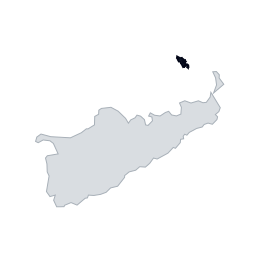 Falkland Islands highlighted among its neighbors, rotated 232°
{"feature_id": "FLK", "entity_name": "Falkland Islands", "entity_type": "country or territory", "adm_level": 0, "iso_a3": "FLK", "parent_name": "South America", "parent_adm1": "", "projection": "natural_earth1", "projection_center": [-59.536, -51.789], "detail": "coarse", "context": "with_neighbors", "style": "filled", "palette": "ink", "viewbox_px": 256, "rotation_deg": 232, "n_neighbors": 1, "source": "natural_earth", "source_scale": "50m", "svg_char_len": 2083}
<svg xmlns="http://www.w3.org/2000/svg" viewBox="0 0 256 256"><g transform="rotate(232 128 128)"><path d="M102.9,217.0L107.4,224.3L113.6,227.9L120.1,229.4L118.1,232.4L113.7,232.7L111.3,230.6L103.5,230.4L102.9,217.0ZM155.7,76.6L153.0,88.3L153.0,94.6L151.9,96.0L151.1,103.5L157.6,108.9L156.9,113.3L160.0,116.0L159.8,119.1L154.8,127.3L147.3,130.6L137.1,132.0L131.6,131.3L132.7,135.1L131.7,139.8L132.6,143.0L129.6,145.2L124.5,146.1L119.6,143.8L117.7,145.4L118.6,151.7L122.0,153.6L124.7,151.6L126.2,154.9L121.7,156.8L117.7,160.7L117.2,167.0L116.1,170.3L111.4,170.4L107.7,173.6L106.4,178.2L111.4,182.8L116.0,184.0L114.5,189.5L108.9,193.0L106.1,200.2L101.8,202.6L100.0,205.5L101.8,211.8L105.1,215.3L87.2,213.2L85.0,209.7L84.8,205.1L81.7,205.5L79.9,203.3L79.0,196.8L82.6,194.1L83.9,190.2L83.1,187.1L85.4,181.8L86.8,173.6L86.1,170.0L88.2,168.8L87.5,166.4L85.2,165.2L86.7,162.5L84.3,160.2L82.8,152.9L84.8,151.7L83.6,144.0L85.6,131.9L88.6,129.6L86.8,123.4L86.5,117.6L90.3,113.4L90.0,108.1L92.7,101.9L92.6,96.1L91.2,94.9L88.5,84.0L91.5,77.4L90.8,71.2L92.6,65.5L95.9,59.5L99.5,55.5L97.9,53.0L99.0,51.0L98.6,40.4L104.3,37.2L106.1,30.6L105.4,29.1L109.8,23.3L116.8,24.9L119.9,29.4L122.0,24.3L128.1,24.6L138.8,36.3L143.1,37.3L149.6,42.0L155.1,44.5L155.8,47.3L150.6,57.0L161.8,59.7L166.0,58.6L170.8,53.8L171.7,48.2L174.3,46.9L177.0,50.6L176.8,55.7L168.7,61.8L155.7,76.6Z" fill="#d9dde1" stroke="#a8b0b8" stroke-width="1"/><path d="M149.0,208.8L151.0,209.1L150.6,210.1L151.7,210.6L151.8,209.6L153.1,209.4L153.9,210.3L153.2,210.7L154.0,211.0L149.8,212.8L149.9,213.8L147.3,213.3L147.9,214.2L146.6,214.4L146.4,215.0L145.7,214.6L145.2,214.0L145.6,212.7L148.0,211.3L147.8,210.1L149.0,208.8ZM142.2,209.9L146.4,209.3L147.0,209.7L143.9,213.0L142.4,213.1L141.7,214.1L140.3,214.3L139.0,213.5L142.4,211.8L140.8,211.4L142.4,211.0L140.8,209.3L142.2,209.9ZM138.1,212.2L139.4,211.9L139.1,212.9L138.1,212.2ZM143.2,209.0L142.3,209.5L142.2,208.8L143.2,209.0ZM145.0,214.3L144.7,214.6L144.5,214.0L145.0,214.3ZM150.6,213.2L150.9,213.8L150.4,213.4L150.6,213.2Z" fill="#0f172a" stroke="#020617" stroke-width="1.5"/></g></svg>